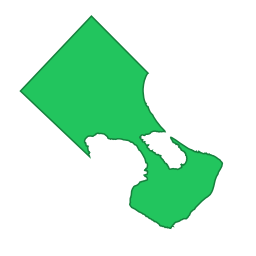 Biedma, Chubut, Argentina, rotated 46°
{"feature_id": "61730980B40140971915743", "entity_name": "Biedma", "entity_type": "district", "adm_level": 2, "iso_a3": "ARG", "parent_name": "Argentina", "parent_adm1": "Chubut", "projection": "albers", "projection_center": [-64.415, -42.44], "detail": "fine", "context": "isolated", "style": "filled", "palette": "green", "viewbox_px": 256, "rotation_deg": 46, "n_neighbors": 0, "source": "geoboundaries", "source_scale": "gbopen_adm2", "svg_char_len": 6030}
<svg xmlns="http://www.w3.org/2000/svg" viewBox="0 0 256 256"><g transform="rotate(46 128 128)"><path d="M69.5,177.8L121.8,175.5L121.1,175.1L120.3,175.4L119.9,175.2L119.4,174.6L119.6,174.2L119.2,173.8L119.3,173.5L118.9,173.3L118.9,172.6L118.1,172.6L117.9,172.4L117.1,172.6L116.7,172.5L114.6,171.0L113.6,170.0L113.4,169.4L113.0,169.5L112.3,170.4L111.7,170.4L109.3,168.8L109.2,168.8L109.1,169.2L109.0,169.3L108.1,169.1L107.0,168.0L106.6,167.4L106.1,166.1L106.1,162.9L106.3,162.2L107.6,160.6L109.6,159.0L109.7,157.8L110.3,155.7L110.0,155.3L110.1,154.7L110.5,153.7L111.0,153.0L111.9,152.7L112.7,151.6L113.6,150.8L115.9,149.2L119.5,148.8L120.4,148.9L121.1,149.4L121.4,149.4L122.3,149.2L123.3,148.4L123.8,148.4L123.9,148.0L124.4,147.3L125.0,146.9L125.8,146.6L126.0,146.0L127.6,144.7L128.4,143.1L130.0,141.5L131.5,140.3L133.5,139.3L134.1,138.7L136.8,136.7L138.1,136.0L139.9,135.8L140.4,135.6L140.7,135.1L141.8,134.7L144.7,134.7L145.4,134.2L146.9,134.0L151.8,135.4L152.4,135.1L153.2,135.0L156.3,135.6L161.8,137.1L165.4,139.2L165.6,139.2L165.9,138.8L166.6,138.8L167.3,139.0L168.4,139.9L169.9,141.8L170.0,142.6L169.7,142.8L169.6,143.2L169.9,143.5L170.0,143.7L169.8,145.0L170.0,145.4L170.4,145.3L170.9,144.8L171.3,144.7L171.4,144.3L172.1,144.1L172.3,143.9L172.8,144.1L172.8,144.4L173.4,144.6L174.3,145.9L174.6,146.7L173.9,147.5L173.7,148.3L173.3,148.7L173.1,149.2L173.5,149.3L173.6,149.5L173.6,149.3L173.9,149.2L174.8,149.3L175.7,148.7L176.9,148.8L177.5,149.0L178.4,149.7L178.6,150.3L178.6,150.8L177.9,151.7L177.6,152.9L177.1,153.3L176.8,154.4L176.2,154.8L175.9,156.0L175.6,156.2L175.2,157.0L175.4,157.3L175.6,158.8L175.6,160.6L174.8,162.8L174.3,163.8L174.3,164.7L174.9,167.1L176.0,169.3L178.7,172.4L179.2,173.4L179.9,174.2L180.0,175.0L182.2,177.3L183.2,177.9L183.4,178.8L184.0,179.3L184.3,179.9L185.7,180.3L187.7,180.5L191.4,179.2L196.1,178.3L196.9,177.8L197.5,177.7L197.9,177.4L199.6,177.0L200.0,177.1L200.2,176.8L201.4,176.4L202.9,176.1L204.2,176.4L205.2,175.5L207.9,175.4L208.6,174.9L210.2,174.5L210.7,174.6L211.7,174.0L212.3,174.1L212.9,173.9L213.6,174.0L213.8,173.6L215.5,172.9L219.0,172.4L219.9,172.6L220.0,172.8L220.5,172.8L221.2,172.5L221.8,171.8L222.6,171.7L223.4,170.8L224.7,170.4L225.3,170.4L225.4,169.9L226.4,169.3L226.7,168.6L227.5,168.7L228.0,167.9L228.6,167.6L229.0,167.6L229.6,167.1L229.4,167.0L229.6,166.2L229.5,165.8L229.2,165.4L229.2,164.8L229.3,164.3L229.6,164.1L229.3,164.1L229.0,163.6L229.0,162.2L229.1,161.7L228.7,161.2L228.7,160.5L228.9,159.8L228.8,159.7L228.8,159.3L229.6,158.0L230.1,156.8L230.4,156.5L230.8,155.1L230.7,154.4L231.5,152.6L231.9,150.9L232.4,150.4L233.7,149.2L233.9,148.3L233.6,147.6L233.8,146.7L233.4,145.6L233.3,143.9L232.8,143.2L232.1,141.1L232.2,138.5L232.2,137.8L232.6,136.9L232.6,136.2L232.5,135.9L232.2,135.6L232.3,135.0L232.1,134.6L231.9,125.7L232.2,120.9L232.7,118.5L232.9,115.1L232.2,112.3L231.3,110.1L229.5,106.9L226.1,101.7L224.6,98.7L224.1,97.3L223.7,95.5L222.6,93.6L221.7,90.2L220.7,87.2L218.9,84.6L217.7,84.3L216.8,84.4L214.9,84.1L211.9,84.8L211.1,84.8L208.5,85.5L207.3,85.9L206.3,86.6L205.5,86.8L203.6,87.9L203.3,87.8L203.2,88.0L203.0,87.9L202.9,88.2L203.0,88.5L202.6,89.0L201.9,89.0L201.5,89.3L200.6,89.1L200.2,89.5L200.1,90.1L199.5,90.4L199.6,90.6L199.4,90.7L199.3,91.1L198.6,91.8L197.0,92.4L196.2,93.0L195.0,93.0L195.2,93.5L194.5,93.9L194.2,93.8L194.4,94.2L194.3,94.3L194.3,94.6L194.0,94.9L193.2,95.2L192.8,95.1L192.6,94.9L192.4,94.9L192.5,95.3L192.0,95.7L192.0,96.0L190.8,96.7L190.1,96.9L189.9,96.7L188.8,97.3L188.1,97.3L187.0,98.0L184.7,98.9L175.0,101.1L170.0,102.0L165.7,103.1L163.9,103.8L164.6,103.8L165.6,104.5L166.6,104.5L167.5,104.8L168.1,105.1L168.9,105.2L169.7,105.5L170.1,105.0L170.9,105.1L171.7,104.5L173.2,104.8L173.3,104.6L173.1,104.2L173.4,103.9L174.7,103.9L174.9,103.5L175.4,103.5L175.5,103.3L176.2,103.5L177.1,104.2L177.1,104.4L176.9,104.6L177.1,104.7L177.4,104.3L177.9,104.3L178.3,104.5L179.0,104.3L179.9,104.7L180.3,104.5L181.0,105.0L181.5,104.7L183.0,104.4L183.5,104.0L184.0,104.0L185.0,104.4L185.2,104.0L185.5,104.0L186.4,104.3L187.8,105.4L188.6,105.3L189.4,105.7L190.3,106.6L190.7,106.6L191.0,106.9L191.7,108.1L192.2,108.3L192.5,109.1L193.3,111.3L193.4,112.8L193.3,113.3L193.0,113.3L193.0,114.2L192.6,114.4L192.2,114.4L192.0,114.8L191.3,114.7L191.3,114.9L191.2,115.2L191.9,115.3L192.7,116.2L193.1,116.4L193.3,116.3L193.6,116.8L193.5,117.4L193.1,118.3L192.7,120.2L192.3,121.1L191.3,121.4L190.8,122.0L190.5,122.1L189.9,122.9L188.6,123.7L187.7,125.1L186.7,126.6L186.2,126.7L184.9,126.5L184.8,126.2L184.1,125.9L182.6,125.8L182.3,125.7L182.3,125.4L181.6,125.3L180.8,125.5L180.4,125.1L179.2,125.6L178.3,125.8L177.5,125.3L176.2,125.3L175.5,124.9L174.3,125.1L173.8,124.9L171.7,125.0L171.4,124.8L171.0,124.0L170.7,123.6L170.3,123.8L170.0,124.3L169.5,124.6L169.1,124.7L168.9,124.5L168.3,124.6L168.2,124.8L167.9,124.9L168.0,125.2L167.8,125.5L166.2,126.2L165.2,126.3L164.6,125.8L164.0,126.1L163.7,126.5L163.3,126.6L162.8,126.5L161.5,126.9L161.2,126.8L161.1,126.6L161.0,127.0L160.5,127.1L160.3,127.4L159.5,127.9L159.0,127.9L157.8,127.8L157.3,127.4L156.0,127.8L155.2,127.7L154.5,126.9L154.4,126.3L154.7,125.5L154.4,125.0L153.9,125.6L153.9,126.5L153.3,126.8L151.7,126.5L150.7,126.5L149.8,126.1L149.6,125.5L149.4,125.6L149.3,126.2L148.2,127.0L146.9,126.6L146.6,126.0L146.7,125.7L146.2,125.8L146.1,126.0L145.8,126.1L145.6,126.4L145.0,126.4L144.2,126.1L143.4,126.3L143.0,126.1L142.7,125.6L143.0,125.2L142.7,125.2L142.5,123.5L142.7,122.6L143.3,122.1L144.0,121.9L144.7,121.4L145.0,120.6L144.8,119.9L144.9,119.5L146.2,118.1L146.9,116.8L147.2,115.7L147.0,114.4L147.2,113.7L147.9,112.1L149.3,110.4L150.8,109.6L150.9,109.2L151.2,108.9L152.4,108.4L152.6,107.6L153.9,106.6L154.9,105.1L156.3,103.9L155.5,103.6L149.5,103.6L143.0,102.9L138.2,102.0L135.7,101.2L133.6,101.2L131.8,101.0L129.0,100.0L126.5,98.8L126.1,99.1L125.5,99.2L123.8,98.9L123.0,98.5L122.9,98.1L122.6,98.4L122.1,98.2L119.4,97.0L117.2,95.7L112.3,91.9L110.3,90.0L107.5,86.6L105.3,83.4L103.3,79.3L102.6,77.3L102.4,76.1L102.5,75.5L22.1,76.6L26.7,179.7L69.5,177.8Z" fill="#22c55e" stroke="#15803d" stroke-width="1.5"/></g></svg>